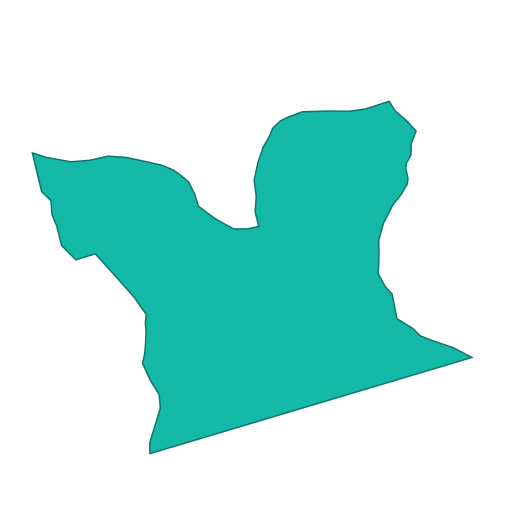 outline of Biltine, Wadi Fira, Chad, rotated 254°
{"feature_id": "50815135B98948114650625", "entity_name": "Biltine", "entity_type": "district", "adm_level": 2, "iso_a3": "TCD", "parent_name": "Chad", "parent_adm1": "Wadi Fira", "projection": "mercator", "projection_center": [20.967, 14.969], "detail": "fine", "context": "isolated", "style": "filled", "palette": "teal", "viewbox_px": 512, "rotation_deg": 254, "n_neighbors": 0, "source": "geoboundaries", "source_scale": "gbopen_adm2", "svg_char_len": 1395}
<svg xmlns="http://www.w3.org/2000/svg" viewBox="0 0 512 512"><g transform="rotate(254 256 256)"><path d="M99.0,435.5L99.2,435.3L113.5,420.3L116.7,415.7L123.5,405.9L128.0,399.7L134.1,391.8L143.3,386.6L156.9,374.2L182.0,376.3L191.1,371.8L205.4,368.6L216.4,372.4L227.3,375.7L236.9,378.1L252.4,387.6L267.4,401.7L275.1,412.4L283.5,421.3L288.8,423.5L298.9,424.1L302.6,425.7L303.8,426.2L304.0,426.4L310.3,432.8L317.7,435.1L321.0,436.1L323.3,437.8L332.0,444.3L343.9,438.4L357.2,429.8L368.0,426.7L367.2,401.7L369.4,385.6L376.0,363.3L381.9,340.1L380.7,325.2L379.1,316.5L374.2,307.2L368.2,302.7L359.0,293.2L345.5,283.7L329.6,275.2L313.2,272.6L298.5,267.3L283.7,266.9L284.4,255.5L288.1,242.1L294.3,235.8L303.4,226.8L319.8,214.3L332.4,214.1L345.9,211.6L354.5,205.7L361.1,200.6L369.2,190.5L377.5,175.4L386.6,158.2L392.8,141.2L393.2,134.4L393.4,129.3L393.8,122.8L397.6,103.9L403.8,91.4L408.4,81.9L416.7,69.5L393.6,68.4L377.0,67.7L370.7,71.3L365.6,74.1L362.5,73.5L352.0,71.3L339.5,72.7L319.7,72.0L317.2,73.4L301.9,81.8L302.0,83.1L302.2,92.3L302.4,102.1L284.8,110.7L279.3,113.4L271.4,117.3L252.2,126.4L249.6,127.6L230.0,134.4L221.6,131.0L221.3,130.9L221.0,130.9L217.7,130.4L212.3,129.1L203.2,126.0L195.8,123.3L194.0,122.6L191.0,121.1L184.0,117.4L165.8,120.1L149.4,124.7L136.1,122.1L106.0,102.5L95.5,99.6L95.3,99.6L95.5,116.0L98.0,345.2L99.0,435.5Z" fill="#14b8a6" stroke="#0f766e" stroke-width="1.5"/></g></svg>